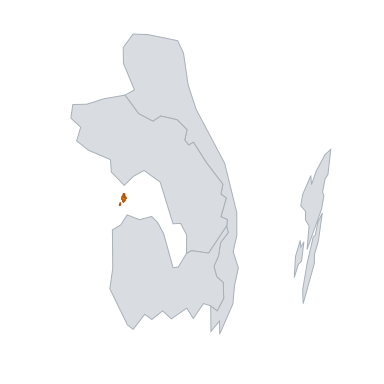 Aland highlighted, Equal Earth projection, rotated 101°
{"feature_id": "ALA", "entity_name": "Aland", "entity_type": "country or territory", "adm_level": 0, "iso_a3": "ALA", "parent_name": "Europe", "parent_adm1": "", "projection": "equal_earth", "projection_center": [19.994, 60.209], "detail": "fine", "context": "with_neighbors", "style": "filled", "palette": "amber", "viewbox_px": 384, "rotation_deg": 101, "n_neighbors": 3, "source": "natural_earth", "source_scale": "50m", "svg_char_len": 2743}
<svg xmlns="http://www.w3.org/2000/svg" viewBox="0 0 384 384"><g transform="rotate(101 192 192)"><path d="M167.1,63.8L170.7,61.8L184.3,61.6L226.4,68.1L202.9,70.6L197.7,75.4L189.4,76.7L184.7,82.6L173.3,82.9L153.2,78.5L161.9,76.1L147.9,74.1L130.2,68.7L123.6,63.9L149.0,61.9L153.9,63.9L167.1,63.8ZM325.3,146.8L300.2,151.9L303.8,144.6L290.4,140.6L274.9,144.0L270.4,151.6L260.8,156.3L249.7,153.8L236.3,154.3L224.8,148.7L218.7,151.5L212.3,151.9L210.8,158.9L191.4,157.2L188.5,163.2L178.5,163.2L160.3,183.6L142.9,200.1L146.5,204.2L142.5,209.0L131.8,208.8L123.9,220.4L123.4,237.2L130.0,243.8L125.3,259.3L109.7,276.3L102.8,268.0L78.9,283.8L63.3,287.1L48.2,280.0L45.9,265.4L46.2,235.0L57.4,226.8L87.5,216.3L110.1,203.7L157.6,165.4L203.7,144.1L226.0,139.7L242.7,140.2L257.7,132.0L276.0,132.4L293.9,130.5L326.2,137.7L313.4,140.4L325.3,146.8ZM280.4,61.6L266.9,64.7L240.1,65.4L212.7,64.4L211.1,62.8L197.8,62.7L187.8,60.1L216.2,58.6L229.6,59.9L238.9,58.3L280.4,61.6ZM256.4,75.3L235.5,78.1L218.9,76.5L225.3,74.7L219.6,72.6L239.0,71.3L242.8,73.8L256.4,75.3Z" fill="#d9dde1" stroke="#a8b0b8" stroke-width="1"/><path d="M109.7,276.3L125.3,259.3L130.0,243.8L123.4,237.2L123.9,220.4L131.8,208.8L142.5,209.0L146.5,204.2L142.9,200.1L160.3,183.6L178.5,163.2L188.5,163.2L191.4,157.2L210.8,158.9L212.3,151.9L218.7,151.5L248.8,164.0L249.7,181.2L253.4,185.7L235.2,189.0L225.0,197.2L226.8,204.6L188.4,225.1L180.0,243.2L187.7,252.4L198.4,259.8L187.8,275.0L175.8,278.2L170.8,301.6L163.8,315.0L149.7,313.6L142.6,325.0L128.9,325.7L125.9,312.0L117.1,295.9L109.7,276.3Z" fill="#d9dde1" stroke="#a8b0b8" stroke-width="1"/><path d="M300.2,151.9L299.3,159.4L315.9,166.6L307.0,175.0L320.5,188.1L314.3,198.2L324.8,207.1L321.1,215.1L338.1,223.6L334.7,230.1L302.6,254.2L282.3,255.2L244.4,262.9L237.8,255.6L226.8,251.3L229.2,238.4L223.7,226.9L228.8,219.6L238.5,211.8L269.8,196.2L268.4,191.2L253.4,185.7L249.7,181.2L248.8,164.0L218.7,151.5L224.8,148.7L236.3,154.3L249.7,153.8L260.8,156.3L270.4,151.6L274.9,144.0L290.4,140.6L303.8,144.6L300.2,151.9Z" fill="#d9dde1" stroke="#a8b0b8" stroke-width="1"/><path d="M211.9,256.2L212.3,256.2L213.0,256.1L213.9,256.7L214.1,256.9L214.7,257.1L215.0,257.4L214.2,258.3L213.8,258.3L213.5,258.2L212.9,258.3L212.5,258.4L212.4,258.8L212.4,259.6L209.8,259.8L209.2,259.5L208.4,257.7L208.5,257.3L209.1,257.1L209.6,257.0L209.6,258.0L210.3,257.9L210.5,257.3L210.6,256.8L210.4,256.6L209.9,256.4L209.7,256.1L210.1,255.7L210.8,255.4L211.4,256.1L211.9,256.2ZM208.2,258.4L208.3,258.7L207.9,258.6L207.5,258.7L207.3,259.1L206.8,258.9L206.6,258.4L207.0,257.6L207.9,257.6L208.2,258.4ZM218.9,260.3L218.8,260.6L217.9,260.7L217.5,260.4L216.7,260.5L216.5,260.3L216.9,260.0L217.6,259.9L218.5,259.9L218.9,260.3Z" fill="#f59e0b" stroke="#b45309" stroke-width="1.5"/></g></svg>